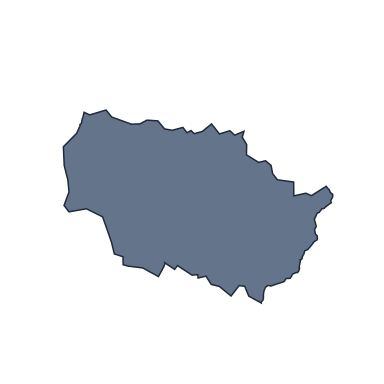 Haywood, North Carolina, United States of America, rotated 141°
{"feature_id": "52423323B65247392842469", "entity_name": "Haywood", "entity_type": "district", "adm_level": 2, "iso_a3": "USA", "parent_name": "United States of America", "parent_adm1": "North Carolina", "projection": "mercator", "projection_center": [-83.035, 35.542], "detail": "fine", "context": "isolated", "style": "filled", "palette": "slate", "viewbox_px": 384, "rotation_deg": 141, "n_neighbors": 0, "source": "geoboundaries", "source_scale": "gbopen_adm2", "svg_char_len": 1863}
<svg xmlns="http://www.w3.org/2000/svg" viewBox="0 0 384 384"><g transform="rotate(141 192 192)"><path d="M208.0,62.1L207.5,63.0L205.1,63.2L203.1,64.7L201.4,66.9L199.0,69.3L195.6,71.4L194.0,71.8L191.6,71.5L189.7,69.1L187.0,68.3L176.9,64.4L175.6,64.7L174.2,65.4L173.6,65.4L172.7,65.2L171.7,64.2L170.0,63.2L167.6,63.9L166.2,64.7L165.2,64.8L161.7,63.9L160.9,63.0L159.0,63.3L156.2,65.2L155.9,66.3L151.1,70.3L149.9,71.0L149.8,70.9L149.9,71.0L149.0,70.8L148.0,71.2L147.9,71.6L145.5,73.0L144.2,73.3L141.4,75.4L138.2,74.4L130.1,76.0L129.6,76.4L127.1,76.4L124.9,76.1L123.9,76.9L122.5,78.7L122.3,79.3L122.6,81.5L120.3,85.9L119.6,86.0L117.2,87.0L115.8,89.7L115.2,91.4L113.7,94.3L112.6,94.4L108.4,96.6L107.6,96.7L106.1,96.1L101.5,97.2L100.5,96.5L99.2,96.1L98.1,96.3L94.1,96.3L90.5,96.0L89.8,97.6L89.3,98.2L86.0,99.5L84.2,101.5L84.2,102.1L84.6,103.5L84.7,105.0L84.3,106.2L83.9,107.9L84.3,109.1L84.1,112.0L101.4,114.0L104.4,119.5L115.3,124.9L106.7,135.8L117.9,147.7L117.8,155.5L113.8,162.9L115.2,170.0L121.6,173.1L126.3,186.6L119.7,194.4L118.5,202.9L113.4,206.5L123.1,209.3L124.0,215.8L134.1,219.8L134.0,232.6L146.1,232.6L153.6,236.0L154.1,240.4L158.6,241.2L158.4,247.9L168.5,252.4L173.6,258.3L173.8,268.8L181.8,276.2L189.5,277.7L196.3,282.7L207.2,300.7L207.2,309.8L223.0,316.3L225.7,321.9L230.1,318.4L231.1,318.1L231.7,317.4L232.5,316.9L234.8,314.9L236.7,314.9L237.2,314.0L244.7,310.2L263.5,308.1L274.7,292.9L280.8,279.7L281.0,279.3L287.6,269.4L299.9,262.1L300.1,254.0L284.6,245.4L277.1,228.9L286.1,203.8L291.3,192.8L286.4,185.1L291.3,178.8L288.1,174.3L288.0,174.2L287.9,174.2L278.1,164.0L271.3,147.4L261.1,151.6L260.8,151.8L257.8,153.5L257.8,153.8L257.7,154.0L254.2,142.8L249.6,143.9L244.3,127.4L239.6,124.1L241.4,121.3L234.1,117.8L235.2,108.0L230.2,101.5L227.1,86.6L214.3,89.6L210.4,85.6L213.4,75.3L208.0,62.1Z" fill="#64748b" stroke="#1e293b" stroke-width="1.5"/></g></svg>